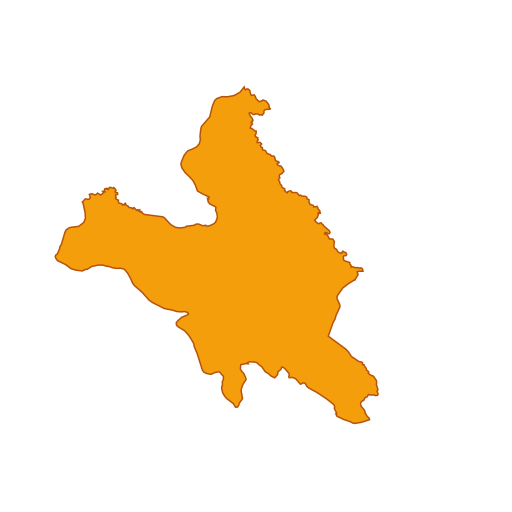 outline of Banwa, Banwa, Burkina Faso, rotated 299°
{"feature_id": "67063806B90065327421296", "entity_name": "Banwa", "entity_type": "district", "adm_level": 2, "iso_a3": "BFA", "parent_name": "Burkina Faso", "parent_adm1": "Banwa", "projection": "equal_earth", "projection_center": [-4.034, 12.22], "detail": "fine", "context": "isolated", "style": "filled", "palette": "amber", "viewbox_px": 512, "rotation_deg": 299, "n_neighbors": 0, "source": "geoboundaries", "source_scale": "gbopen_adm2", "svg_char_len": 6127}
<svg xmlns="http://www.w3.org/2000/svg" viewBox="0 0 512 512"><g transform="rotate(299 256 256)"><path d="M398.1,163.7L391.6,162.6L387.8,160.4L385.4,158.7L381.4,153.8L378.9,149.0L374.6,145.3L372.0,144.5L366.2,145.1L355.2,148.1L342.8,145.5L339.6,146.4L333.7,148.9L330.4,151.1L326.4,152.0L322.6,151.1L318.8,148.6L315.0,145.4L314.0,145.1L309.4,144.3L302.3,145.1L300.1,145.7L297.2,148.3L294.5,153.8L293.4,158.3L291.4,164.3L288.2,169.1L284.5,173.2L284.4,178.8L284.9,186.4L282.8,186.9L282.8,185.7L280.0,188.1L279.1,190.6L279.4,196.2L279.1,197.4L276.4,198.4L274.2,201.3L270.8,203.6L266.2,204.2L264.0,203.6L260.0,200.8L258.8,199.3L258.2,198.3L258.4,196.7L257.4,196.0L256.6,194.5L256.1,190.2L255.5,189.1L254.0,187.4L253.1,187.3L248.2,180.6L247.2,180.6L243.8,176.2L242.0,171.6L242.1,167.0L242.6,164.6L245.0,157.5L245.1,155.5L238.3,138.4L238.3,136.0L239.3,134.6L239.2,134.0L238.4,133.7L238.5,133.2L239.9,132.0L238.6,131.7L238.5,131.3L239.3,130.9L239.3,130.4L238.8,129.7L238.2,129.7L238.3,128.5L239.2,125.9L238.9,125.6L238.6,126.0L237.5,125.3L237.8,123.7L236.9,121.6L237.6,120.0L237.5,117.9L238.8,116.2L237.8,115.6L237.1,116.1L235.9,114.6L236.6,113.4L235.9,110.2L237.2,108.9L238.1,108.7L238.0,105.6L238.5,105.0L239.6,105.2L241.1,103.5L241.6,103.6L242.7,105.2L244.2,104.2L243.5,102.2L244.1,101.5L245.5,101.8L246.4,100.3L246.9,98.4L245.9,98.2L245.4,95.0L244.1,94.4L242.7,94.6L242.9,92.9L242.1,93.1L242.0,91.7L241.6,91.2L239.3,91.6L239.0,92.5L238.1,90.6L237.5,92.1L234.0,90.5L234.2,87.0L231.8,86.1L231.3,85.3L231.0,82.7L230.3,81.4L229.0,80.4L226.9,82.7L224.9,82.6L223.9,81.3L223.8,80.1L223.0,78.9L218.9,78.0L218.3,79.2L211.1,85.5L206.3,88.5L201.9,89.1L196.0,86.6L191.3,80.1L189.9,78.8L186.8,77.3L184.1,77.4L172.0,80.1L168.7,80.0L166.7,80.8L161.1,81.2L159.7,80.4L158.3,80.6L156.9,82.1L155.7,84.6L156.2,93.7L155.2,100.3L156.2,105.1L158.7,111.3L161.7,113.5L162.5,114.8L167.3,117.5L171.6,122.5L173.8,126.5L174.8,131.1L175.5,132.0L176.2,136.4L177.3,139.5L179.7,143.7L180.6,147.0L178.9,151.8L175.7,157.0L172.5,161.2L171.2,163.9L169.0,174.2L165.6,183.7L165.1,187.9L165.6,201.2L168.1,209.0L169.0,213.5L170.9,217.8L172.7,220.3L173.4,223.0L172.7,225.0L171.2,224.6L166.3,220.7L161.5,219.0L158.9,218.6L156.9,220.1L156.3,222.3L156.0,229.9L153.9,235.7L152.0,239.4L149.1,244.1L146.7,246.0L142.2,251.8L130.3,264.3L129.2,266.5L129.2,269.3L130.3,273.1L131.1,274.4L134.1,276.5L136.8,279.7L136.8,280.6L134.9,285.9L131.7,287.5L129.7,287.5L126.7,289.3L124.9,289.4L123.1,290.5L120.2,293.2L118.2,296.5L117.1,299.6L115.9,307.7L113.8,311.4L114.9,313.1L117.1,313.3L118.9,312.7L124.7,313.4L131.1,308.2L132.8,307.6L137.1,306.8L143.1,307.2L144.4,306.2L147.4,302.1L148.4,299.1L149.6,297.1L153.6,295.3L157.2,299.7L158.0,301.4L158.5,300.2L160.4,301.7L162.4,305.9L163.1,308.1L163.0,309.2L162.3,311.7L162.0,314.6L159.2,320.3L159.2,323.5L158.4,326.9L158.3,329.4L158.6,331.5L162.0,332.2L163.7,332.1L165.1,331.3L169.1,332.8L171.4,332.4L171.8,333.9L171.5,335.8L169.3,341.7L168.7,342.4L166.3,343.2L165.6,344.0L167.3,346.4L167.8,349.2L167.7,350.8L165.4,356.9L166.2,357.8L167.5,358.3L168.4,359.9L168.3,361.0L166.6,363.7L166.1,366.6L166.2,375.3L165.3,386.7L163.9,395.3L163.3,396.9L161.8,398.1L160.7,398.3L157.7,402.6L156.7,402.3L156.7,403.1L155.9,403.3L155.1,404.5L155.5,411.8L156.7,418.2L156.9,422.2L157.4,423.5L161.5,428.7L167.9,434.7L169.2,433.3L169.5,431.3L171.3,428.1L173.7,425.7L175.5,421.0L177.0,419.3L179.3,418.6L180.9,419.3L181.9,420.2L184.9,420.1L186.9,421.5L189.3,421.5L189.9,423.5L191.7,426.5L191.9,428.3L193.1,429.8L194.4,429.8L196.5,427.4L198.2,427.5L201.9,423.6L203.9,422.8L205.5,421.6L207.7,417.2L207.8,415.8L207.3,414.7L207.9,411.0L209.3,410.8L209.9,408.0L211.2,406.8L212.6,403.6L213.3,403.2L212.9,402.2L213.2,401.3L214.4,401.0L214.5,400.1L213.6,396.9L214.4,388.1L216.9,383.4L218.1,379.6L220.9,358.1L235.0,355.7L239.0,355.7L242.9,354.8L252.2,354.1L254.0,352.8L258.1,347.5L259.4,346.6L261.8,346.5L270.1,347.4L276.7,350.3L282.8,353.7L282.8,354.1L289.3,354.3L291.1,352.1L292.7,353.5L294.5,357.0L296.2,355.6L296.6,353.6L295.5,352.3L295.1,350.3L294.1,349.1L293.4,345.8L292.5,344.6L293.8,343.8L294.6,341.8L295.8,341.2L294.7,335.5L295.3,334.3L297.8,332.7L298.9,332.8L299.8,334.4L301.2,334.7L302.6,332.8L302.1,331.5L302.4,329.7L301.7,329.3L300.2,329.6L299.5,329.0L299.3,325.7L300.9,323.0L300.9,320.9L302.1,319.4L306.5,317.6L307.9,315.4L308.0,314.7L306.5,312.0L308.8,308.5L309.0,307.0L308.5,305.3L310.2,305.2L310.6,306.2L310.5,308.2L311.1,309.4L312.5,309.3L313.6,308.0L315.2,300.5L315.9,299.4L315.9,298.4L316.6,296.9L315.9,296.0L314.8,295.6L314.7,295.0L314.7,292.6L315.8,289.9L319.5,291.0L322.3,290.4L324.0,289.4L324.4,289.8L323.9,290.8L324.6,291.5L326.5,289.8L327.4,287.2L328.2,286.7L329.0,285.3L326.9,282.8L328.0,281.5L327.4,278.5L328.4,276.6L331.0,275.0L330.7,273.3L332.1,271.7L332.0,269.8L330.8,267.7L330.8,265.4L329.8,264.5L330.9,262.1L331.1,260.7L329.0,256.7L329.0,256.3L329.7,255.8L329.8,254.6L328.0,252.7L326.5,252.8L326.3,251.6L327.0,250.4L326.9,249.3L328.7,248.6L328.6,246.3L328.9,245.2L330.1,244.1L331.0,241.6L332.3,240.9L333.4,238.8L335.1,238.6L335.9,239.0L337.1,237.6L338.7,237.3L340.7,238.7L343.7,239.3L345.1,237.5L346.8,234.3L346.0,232.3L346.4,230.1L347.4,229.7L348.4,230.8L349.0,230.9L349.4,229.9L348.8,227.0L352.0,223.8L351.8,222.5L351.0,221.6L351.6,219.3L351.0,215.9L352.8,213.1L352.1,210.4L352.3,209.9L353.8,209.2L353.9,207.3L354.7,206.2L356.8,206.6L357.3,204.4L355.8,202.0L356.9,201.4L358.7,201.6L359.3,200.6L360.2,200.4L360.0,198.4L360.3,198.4L360.5,197.2L361.2,196.7L363.2,196.7L365.3,195.7L364.9,194.4L365.5,190.2L365.0,189.4L365.1,188.9L368.2,188.3L369.6,189.0L370.3,187.9L370.3,187.1L371.1,187.1L371.9,187.8L372.5,187.3L373.4,187.5L375.1,185.0L375.6,183.2L376.6,182.1L377.0,181.1L377.8,180.8L378.7,181.8L378.7,183.5L378.3,185.0L379.3,186.3L380.1,186.5L381.1,188.8L381.0,191.0L382.1,192.0L382.2,193.2L385.0,193.6L386.2,192.8L387.8,192.7L389.3,194.1L391.1,197.0L391.8,197.1L392.3,195.3L393.4,194.9L394.7,193.6L396.3,189.7L395.8,186.4L395.0,186.2L392.5,184.0L393.6,179.8L395.1,178.2L396.1,176.4L394.2,174.1L395.3,172.4L397.8,170.3L398.2,168.0L397.5,166.8L396.4,166.5L396.7,164.9L398.1,163.7Z" fill="#f59e0b" stroke="#b45309" stroke-width="1.5"/></g></svg>